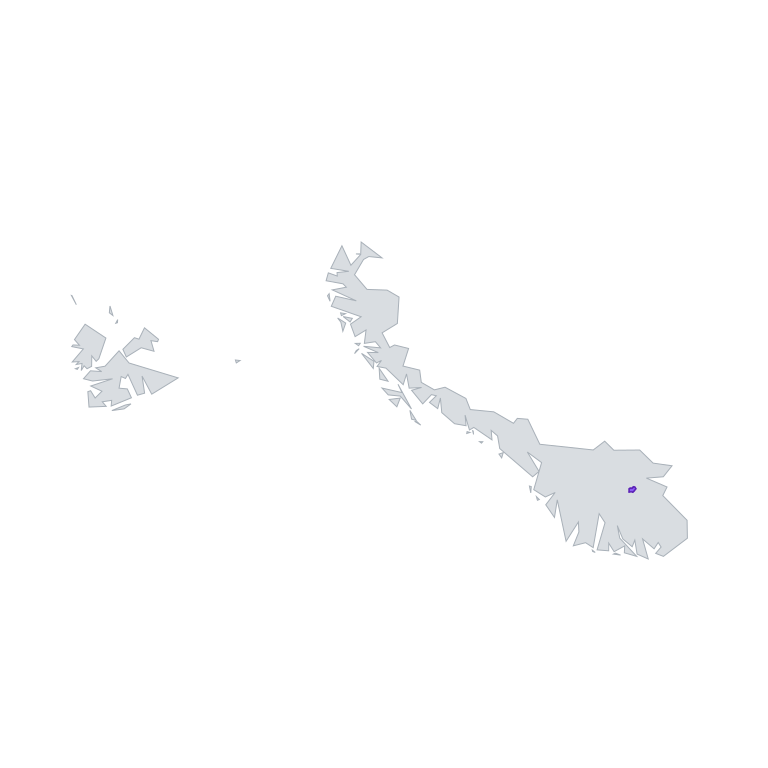 Krødsherad nor, Buskerud, Norway (highlighted), rotated 278°
{"feature_id": "86288312B702333415323", "entity_name": "Krødsherad nor", "entity_type": "district", "adm_level": 2, "iso_a3": "NOR", "parent_name": "Norway", "parent_adm1": "Buskerud", "projection": "orthographic", "projection_center": [9.773, 60.192], "detail": "fine", "context": "in_parent", "style": "filled", "palette": "violet", "viewbox_px": 768, "rotation_deg": 278, "n_neighbors": 0, "source": "geoboundaries", "source_scale": "gbopen_adm2", "svg_char_len": 5135}
<svg xmlns="http://www.w3.org/2000/svg" viewBox="0 0 768 768"><g transform="rotate(278 384 384)"><path d="M434.4,375.0L420.9,384.6L424.1,389.0L422.6,403.4L404.4,400.3L402.7,417.4L390.8,420.7L385.2,434.7L389.3,444.9L381.1,467.1L370.7,473.0L371.7,496.6L363.1,517.7L368.5,520.8L369.1,531.3L346.0,546.7L347.8,600.4L358.1,610.5L350.4,620.8L354.2,646.4L343.1,661.5L343.1,680.6L331.0,673.5L327.3,656.9L321.4,678.6L312.3,675.6L291.2,703.1L273.5,705.9L252.2,684.7L254.1,676.6L261.1,681.1L265.2,677.6L258.4,674.4L266.6,661.6L247.5,670.0L250.8,658.3L264.3,654.1L257.4,652.4L263.8,642.1L276.3,634.7L264.2,638.9L248.5,658.2L250.3,645.5L257.2,644.9L250.0,635.2L257.7,628.7L250.1,629.7L249.4,618.1L277.4,622.2L285.5,615.1L251.1,613.9L254.9,605.7L250.1,594.0L264.6,597.6L274.4,595.7L253.6,586.2L293.4,571.7L275.6,571.4L286.9,561.0L300.4,568.6L294.6,559.5L300.2,547.0L328.1,551.0L336.6,535.4L319.0,549.7L312.8,544.1L336.2,507.6L348.4,503.7L353.0,496.6L343.7,498.7L353.5,479.0L350.4,475.0L364.5,468.6L354.1,471.1L354.5,459.4L363.7,445.2L378.0,441.8L367.1,440.6L372.1,431.6L379.6,437.4L380.1,432.5L369.7,425.1L381.6,412.2L385.8,421.7L383.4,409.5L397.1,404.9L386.0,403.1L400.0,383.7L400.4,374.7L407.0,378.2L403.8,373.6L413.0,363.3L414.3,374.0L418.5,358.5L419.3,375.6L424.7,369.6L421.5,358.9L435.0,358.7L426.9,348.8L438.6,342.5L447.4,352.0L453.6,321.0L464.2,324.0L462.5,345.0L470.0,319.7L474.6,333.2L477.5,329.5L478.2,312.3L486.3,313.4L484.4,322.7L487.8,322.0L490.7,333.5L491.1,315.2L515.0,323.1L497.0,334.7L509.0,342.9L521.4,341.6L508.6,364.5L508.1,351.2L504.5,346.4L488.1,339.6L475.3,354.0L477.4,374.0L472.2,386.8L445.8,388.8L434.4,375.0ZM347.4,85.7L356.2,91.5L357.0,102.7L359.9,96.3L362.8,105.3L380.0,117.0L369.3,128.6L361.4,179.3L341.6,155.4L358.2,143.3L341.6,148.2L338.6,141.4L357.9,129.1L353.5,127.2L354.8,122.7L343.0,122.2L343.4,130.5L335.2,135.8L324.2,116.9L329.9,116.6L327.2,107.5L323.2,112.0L320.1,95.1L335.2,91.8L336.5,94.4L329.9,99.9L337.6,105.7L341.2,93.9L351.4,114.5L346.4,95.0L347.4,85.7ZM362.4,72.2L376.9,81.4L377.6,69.6L379.4,70.6L380.0,77.0L384.9,71.3L401.6,79.7L390.8,102.2L369.3,98.1L366.4,95.8L371.2,90.7L360.8,92.0L357.8,87.8L360.3,84.5L355.2,82.3L362.3,82.1L360.5,76.5L363.7,78.8L362.4,72.2ZM382.0,120.6L395.1,130.4L394.3,135.1L406.3,139.0L396.9,154.5L394.4,153.9L394.5,147.2L384.4,151.7L386.1,138.5L374.9,125.1L382.0,120.6ZM378.0,403.0L385.7,397.9L363.1,414.7L374.3,401.8L373.8,389.7L379.7,382.6L378.0,403.0ZM388.2,379.2L398.9,377.0L387.3,387.6L388.2,379.2ZM397.9,371.2L411.2,357.5L405.1,370.9L397.9,371.2ZM319.8,118.2L327.2,130.8L329.1,136.2L323.2,130.1L319.8,118.2ZM369.4,391.3L372.3,402.0L363.2,399.9L369.4,391.3ZM442.9,328.9L439.0,337.6L430.5,335.9L439.2,332.7L442.9,328.9ZM445.1,334.2L444.6,343.5L440.7,341.8L445.1,334.2ZM353.0,416.2L361.5,413.3L352.5,420.9L353.0,416.2ZM428.1,62.7L419.7,68.3L428.2,62.1L428.1,62.7ZM416.3,102.1L423.1,101.8L414.1,106.0L416.3,102.1ZM458.4,319.1L463.5,315.8L465.8,317.1L458.4,319.1ZM448.4,331.1L448.3,336.1L445.8,332.3L448.4,331.1ZM420.2,350.0L421.0,354.8L418.4,353.5L420.2,350.0ZM387.1,233.5L387.2,238.2L384.3,234.8L387.1,233.5ZM410.7,111.3L407.6,111.5L406.8,109.9L410.7,111.3ZM330.6,507.6L332.6,511.6L327.2,510.8L330.6,507.6ZM410.0,350.6L413.3,351.9L415.5,354.5L410.0,350.6ZM356.2,76.3L357.8,79.2L355.8,78.3L356.2,76.3ZM302.9,544.1L296.6,544.5L303.2,542.2L302.9,544.1ZM293.7,550.6L291.2,553.9L290.2,552.1L293.7,550.6ZM351.2,422.1L348.4,426.1L351.3,419.5L351.2,422.1ZM248.7,636.7L247.5,642.1L247.5,634.9L248.7,636.7ZM348.0,475.9L346.5,472.8L348.4,472.9L348.0,475.9ZM508.9,338.1L509.5,342.1L509.1,341.5L508.9,338.1ZM349.8,478.9L346.5,479.7L350.5,478.1L349.8,478.9ZM340.2,486.6L340.6,489.8L339.0,488.8L340.2,486.6ZM248.5,613.4L246.6,616.6L247.2,613.9L248.5,613.4Z" fill="#d9dde1" stroke="#a8b0b8" stroke-width="1"/><path d="M311.0,641.7L311.0,641.9L311.1,642.0L311.4,642.7L311.5,643.1L311.5,643.3L311.6,643.5L311.6,644.0L311.7,644.7L311.6,644.8L311.5,645.0L311.4,645.2L311.4,645.3L311.4,645.5L311.5,645.6L311.7,645.8L311.9,645.9L312.0,645.9L312.2,646.0L312.3,646.0L312.5,646.2L312.6,646.3L312.7,646.5L312.8,646.5L313.0,646.7L313.0,646.8L313.4,646.9L313.5,646.9L313.6,647.0L313.8,647.1L314.0,647.2L314.0,647.3L314.3,647.4L314.4,647.5L314.5,647.5L314.8,647.7L315.0,647.9L315.2,648.0L315.3,648.1L315.5,647.9L315.7,647.7L315.8,647.6L316.0,647.5L316.2,647.4L316.3,647.3L316.4,647.2L316.5,647.1L316.7,646.9L316.8,646.7L317.0,646.6L317.0,646.4L317.0,646.2L316.9,646.1L316.9,645.9L317.0,645.7L316.9,645.6L316.9,645.4L316.9,645.2L316.7,645.0L316.6,644.9L316.4,644.9L316.3,644.7L316.2,644.7L316.0,644.4L315.9,644.4L315.9,644.5L315.7,644.5L315.7,644.4L315.7,644.5L315.6,644.4L315.5,644.2L315.5,644.3L315.5,644.2L315.4,644.2L315.4,643.9L315.3,643.7L315.2,643.5L315.1,643.4L315.1,643.2L315.1,642.9L315.2,642.7L315.3,642.6L315.3,642.4L315.2,642.4L315.1,642.2L315.1,642.3L315.0,642.2L314.9,642.2L314.8,641.9L314.7,641.9L314.5,641.7L314.5,641.4L314.4,641.3L314.2,641.3L314.2,641.2L314.2,641.3L314.1,641.2L313.7,641.3L313.4,641.4L313.2,641.4L312.8,641.5L312.5,641.6L312.4,641.6L312.1,641.5L311.9,641.5L311.6,641.6L311.4,641.6L311.1,641.7L311.0,641.7Z" fill="#8b5cf6" stroke="#5b21b6" stroke-width="1.5"/></g></svg>